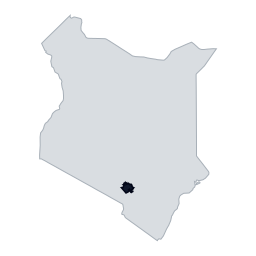 Kibwezi West, Eastern, Kenya (highlighted)
{"feature_id": "3690345B25425189689724", "entity_name": "Kibwezi West", "entity_type": "district", "adm_level": 2, "iso_a3": "KEN", "parent_name": "Kenya", "parent_adm1": "Eastern", "projection": "orthographic", "projection_center": [37.912, -2.311], "detail": "fine", "context": "in_parent", "style": "filled", "palette": "ink", "viewbox_px": 256, "rotation_deg": 0, "n_neighbors": 0, "source": "geoboundaries", "source_scale": "gbopen_adm2", "svg_char_len": 4935}
<svg xmlns="http://www.w3.org/2000/svg" viewBox="0 0 256 256"><path d="M39.7,158.9L39.6,155.1L40.2,145.5L40.1,137.1L40.6,132.9L42.7,130.2L43.6,128.2L44.3,125.5L45.4,123.3L47.9,121.5L48.3,120.5L51.0,117.5L52.5,113.6L53.7,112.3L55.2,111.1L56.2,110.4L58.0,109.8L59.3,109.4L59.5,109.1L59.7,108.5L59.2,106.1L59.8,105.3L60.7,103.7L61.8,102.2L62.7,101.2L63.2,100.3L63.5,98.6L63.5,97.4L63.5,95.4L63.2,91.0L62.1,87.3L61.5,83.1L62.0,81.8L61.1,79.3L60.7,79.2L60.0,78.7L59.1,76.4L58.4,74.3L57.9,73.8L55.0,72.0L53.5,67.7L51.9,66.7L51.0,62.4L50.8,61.2L51.8,56.9L51.7,55.9L50.7,55.0L47.9,54.1L45.7,52.4L46.0,51.8L46.2,51.1L45.0,50.7L41.6,43.4L46.0,39.0L50.5,34.6L56.3,29.0L61.6,23.8L66.1,19.3L70.2,15.4L70.1,16.1L70.1,17.1L70.6,17.7L71.4,18.2L72.6,17.7L73.6,17.1L74.6,17.0L80.7,18.6L81.7,20.0L81.7,21.6L81.9,22.7L81.4,23.8L80.9,27.3L81.1,30.4L82.9,32.7L84.5,34.5L85.8,37.1L86.8,37.9L88.1,38.3L92.3,38.4L98.5,38.5L104.5,38.7L105.0,38.7L106.3,39.1L111.8,42.5L116.8,45.7L121.1,48.5L125.2,51.1L129.3,53.7L132.4,55.9L135.5,56.6L140.5,56.9L143.9,57.0L147.2,57.9L151.9,58.7L155.5,59.2L157.6,59.7L163.6,60.2L164.6,59.9L167.2,57.5L170.1,53.6L171.2,51.5L175.0,49.3L181.7,46.4L186.4,44.3L191.6,42.2L194.0,44.0L197.3,47.0L198.8,48.4L199.9,49.0L201.7,49.5L203.9,49.5L205.1,49.4L207.5,49.1L213.1,48.7L216.4,48.8L213.7,52.6L210.4,57.3L204.4,65.9L199.9,70.4L196.4,73.8L196.1,74.4L196.1,78.2L196.2,87.5L196.3,106.1L196.4,124.8L196.5,143.5L196.5,152.8L196.5,156.0L199.5,159.9L202.5,163.7L206.4,168.8L208.5,171.5L208.9,172.5L208.8,174.3L205.5,178.1L202.9,179.8L199.3,180.6L198.3,180.5L196.9,179.9L196.3,180.8L195.9,182.2L195.1,181.9L194.5,181.5L194.9,184.1L195.2,185.3L194.7,187.0L193.0,188.5L192.8,189.7L189.1,193.0L183.7,193.3L181.0,194.9L179.7,196.2L178.8,199.1L179.1,203.6L177.6,207.0L177.3,208.7L174.6,210.9L173.4,213.0L172.5,215.0L171.7,215.9L170.7,220.6L169.5,223.4L169.1,224.3L168.8,225.2L167.8,226.8L167.2,227.9L166.7,228.7L163.4,235.9L160.9,239.2L158.9,238.8L157.6,240.0L157.5,240.6L156.8,240.3L155.1,239.1L151.8,236.7L148.4,234.2L145.0,231.8L141.6,229.3L138.2,226.9L134.8,224.4L131.4,222.0L128.0,219.5L126.0,218.1L125.1,217.2L124.4,215.5L124.1,215.1L123.2,214.6L122.1,214.5L121.8,214.1L121.8,213.3L122.2,212.1L123.4,209.9L123.6,208.6L123.3,207.1L122.9,204.7L122.6,204.1L120.4,202.9L115.6,200.2L110.9,197.6L106.2,194.9L101.5,192.3L96.7,189.7L92.0,187.0L87.3,184.4L82.6,181.8L77.8,179.1L73.1,176.5L68.4,173.9L63.7,171.3L58.9,168.6L54.2,166.0L49.5,163.4L44.8,160.7L43.0,159.8L41.4,158.9L39.7,158.9ZM196.8,184.5L196.0,184.7L196.4,183.4L198.9,181.8L199.8,182.2L200.0,182.6L200.0,182.9L199.6,183.2L196.8,184.5Z" fill="#d9dde1" stroke="#a8b0b8" stroke-width="1"/><path d="M121.5,187.8L124.2,190.9L126.0,193.0L128.0,192.0L128.6,191.6L129.1,190.7L129.5,190.1L129.4,190.0L129.1,190.0L128.9,189.9L128.6,189.7L128.8,189.5L129.0,189.4L129.2,189.2L129.4,189.2L129.5,189.1L129.6,189.3L129.8,189.4L129.8,189.5L130.0,189.6L130.3,189.6L130.1,189.7L129.9,189.9L129.9,190.0L129.9,190.3L129.7,190.5L129.8,190.7L130.0,190.9L130.1,191.1L130.4,191.6L130.7,191.9L130.8,192.2L130.9,192.3L131.0,192.4L131.2,192.5L131.3,192.4L131.6,192.2L132.0,192.0L132.7,191.6L132.5,191.4L132.4,191.4L132.4,191.5L132.2,191.5L132.0,191.4L131.9,191.3L131.7,191.2L131.4,191.1L131.3,190.8L131.2,190.8L131.2,190.7L131.2,190.3L131.2,190.2L131.3,190.0L131.5,189.9L131.6,189.7L131.8,189.4L132.0,189.3L132.3,189.4L132.4,189.2L132.5,189.3L132.5,189.2L132.8,189.0L132.9,188.9L133.0,188.9L133.2,188.7L133.3,188.5L133.3,188.4L133.2,188.3L133.3,188.2L133.5,188.0L133.4,188.0L133.2,188.0L133.1,187.9L133.1,187.7L132.9,187.6L132.9,187.4L133.0,187.3L132.8,187.2L132.7,187.2L132.4,187.0L132.4,186.9L132.3,186.7L132.2,186.7L132.1,186.4L132.0,185.9L131.9,185.9L132.0,185.7L131.9,185.6L131.7,185.3L131.7,185.1L131.6,184.9L131.6,184.7L131.3,184.6L131.2,184.6L131.0,184.4L131.0,184.2L130.9,184.2L130.8,184.3L130.6,184.3L130.3,184.4L130.1,184.5L129.9,184.6L129.7,184.6L129.7,184.4L129.7,184.2L129.4,184.1L129.2,183.9L129.2,184.0L129.1,183.9L129.1,184.0L129.0,183.9L128.9,183.9L128.7,183.8L128.4,183.8L128.2,183.8L128.1,183.7L127.9,183.5L127.7,183.8L127.6,183.7L127.4,183.6L127.3,183.4L127.2,183.4L127.1,183.5L127.1,183.4L126.9,183.4L126.8,183.5L126.7,183.6L126.4,183.7L126.4,183.4L126.3,183.5L126.3,183.4L126.2,183.4L125.9,183.3L125.9,183.2L126.0,183.2L125.9,183.1L125.7,183.1L125.8,183.0L125.8,182.9L125.7,182.8L125.5,183.0L125.4,183.0L125.5,182.9L125.4,182.9L125.2,182.8L125.2,182.7L125.2,182.8L125.0,182.7L124.9,182.8L124.9,182.7L124.8,182.8L124.7,182.9L124.6,183.0L124.4,183.2L124.2,183.2L124.2,183.3L124.0,183.5L124.0,183.8L123.9,183.8L123.9,184.0L123.9,184.3L123.5,184.5L123.8,184.6L124.0,184.8L124.0,185.0L124.4,185.1L124.2,185.2L123.9,185.3L123.8,185.5L123.7,185.5L123.5,185.8L123.4,185.9L123.4,186.0L123.4,186.3L123.4,186.6L123.4,186.8L123.2,187.1L123.2,187.3L122.9,187.3L122.7,187.4L122.7,187.5L122.4,187.5L122.2,187.6L121.9,187.5L121.7,187.8L121.5,187.8Z" fill="#0f172a" stroke="#020617" stroke-width="1.5"/></svg>